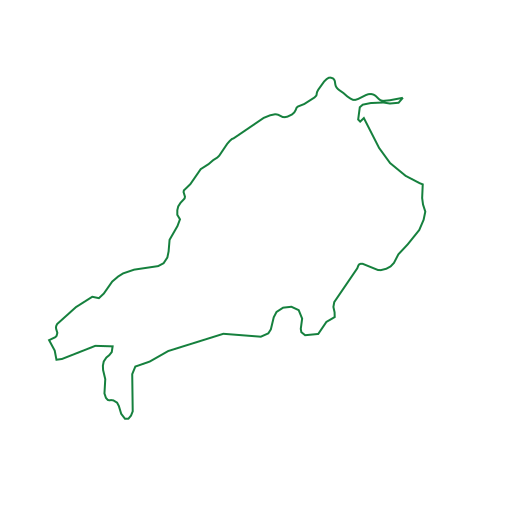 outline of Ferrara, rotated 316°
{"feature_id": "ITA-5363", "entity_name": "Ferrara", "entity_type": "Province", "adm_level": 1, "iso_a3": "ITA", "parent_name": "Italy", "parent_adm1": "", "projection": "robinson", "projection_center": [11.889, 44.768], "detail": "fine", "context": "isolated", "style": "outline", "palette": "green", "viewbox_px": 512, "rotation_deg": 316, "n_neighbors": 0, "source": "natural_earth", "source_scale": "10m", "svg_char_len": 2230}
<svg xmlns="http://www.w3.org/2000/svg" viewBox="0 0 512 512"><g transform="rotate(316 256 256)"><path d="M471.6,244.2L465.0,244.8L458.2,239.3L454.3,234.1L444.7,225.6L437.9,221.3L434.0,221.1L424.3,228.8L424.3,231.7L429.4,231.7L419.6,263.8L417.0,282.3L419.3,302.3L424.3,317.3L425.7,320.3L415.8,329.7L411.9,335.0L408.6,341.7L401.7,346.4L391.5,350.7L373.3,353.0L359.6,353.7L350.4,356.8L345.6,357.0L340.9,355.7L336.0,352.9L334.0,350.8L327.3,335.7L325.9,334.3L324.5,333.7L323.1,333.9L320.3,335.2L280.3,343.5L276.3,346.4L273.4,351.1L270.2,354.6L260.9,352.3L246.6,355.3L236.3,347.1L235.7,342.3L237.6,339.5L245.7,333.1L249.1,324.6L246.2,317.1L239.6,312.0L231.9,310.5L226.2,312.4L215.7,319.1L211.1,320.2L203.4,317.4L178.5,289.3L126.9,263.4L106.2,258.1L92.4,251.7L84.9,255.0L59.4,282.1L55.2,284.0L51.2,284.4L48.7,282.1L49.4,275.9L53.1,268.7L54.2,265.0L53.1,260.8L51.7,259.0L50.3,258.0L49.4,256.6L49.5,253.8L51.5,249.6L62.0,239.9L66.8,231.8L69.6,228.6L73.2,226.1L77.8,225.1L81.6,225.4L85.5,224.9L90.1,221.4L78.0,209.0L44.9,195.3L40.4,192.0L45.5,184.2L48.7,172.8L55.3,175.0L57.1,174.9L59.7,173.3L61.6,169.6L62.6,168.3L64.0,167.4L65.8,166.8L91.0,167.7L109.9,171.6L113.7,177.2L120.4,177.3L134.8,174.5L142.6,175.0L148.3,176.2L158.9,181.2L178.6,195.3L184.5,197.0L191.2,195.5L196.3,192.0L205.1,184.3L220.3,179.9L226.8,176.8L228.0,171.7L231.2,168.4L234.5,166.3L238.7,165.3L244.6,165.0L246.1,164.0L248.3,159.7L249.7,158.7L258.7,158.7L276.6,155.1L286.0,157.0L291.8,157.3L296.5,158.3L299.2,158.3L313.3,155.3L317.0,155.0L319.9,155.1L321.6,155.8L357.5,162.0L363.9,164.6L368.2,167.3L369.2,168.5L370.1,169.9L371.7,174.5L373.1,176.1L375.4,177.6L380.2,179.2L383.3,179.3L385.8,178.6L388.3,177.5L390.0,177.6L396.3,180.2L408.2,182.6L410.8,182.5L411.7,182.0L412.7,181.2L414.0,180.4L416.4,179.6L426.3,177.8L429.7,177.8L432.1,178.3L433.4,179.3L434.2,180.6L434.8,182.0L434.7,183.5L434.2,184.9L432.3,187.6L431.5,189.0L431.0,190.7L430.9,192.6L431.1,194.4L432.1,199.5L432.5,204.5L433.2,208.0L433.7,209.6L434.3,211.1L435.9,212.7L438.6,214.0L446.9,216.6L449.1,217.6L450.4,218.6L451.5,219.7L452.4,221.1L453.0,222.6L453.3,224.4L453.4,228.4L453.7,230.2L454.4,231.6L455.3,232.8L460.4,236.9L471.5,244.2L471.6,244.2Z" fill="none" stroke="#15803d" stroke-width="2"/></g></svg>